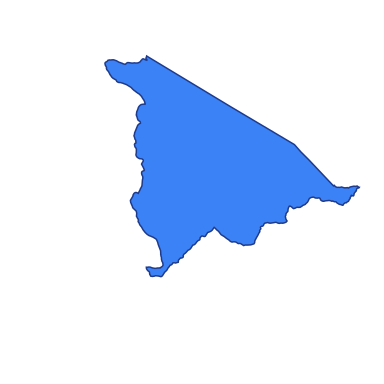 the district of Dota, San José, Costa Rica, rotated 121°
{"feature_id": "36466004B86060640293430", "entity_name": "Dota", "entity_type": "district", "adm_level": 2, "iso_a3": "CRI", "parent_name": "Costa Rica", "parent_adm1": "San José", "projection": "robinson", "projection_center": [-83.888, 9.584], "detail": "fine", "context": "isolated", "style": "filled", "palette": "blue", "viewbox_px": 384, "rotation_deg": 121, "n_neighbors": 0, "source": "geoboundaries", "source_scale": "gbopen_adm2", "svg_char_len": 6030}
<svg xmlns="http://www.w3.org/2000/svg" viewBox="0 0 384 384"><g transform="rotate(121 192 192)"><path d="M280.0,192.4L281.2,191.5L281.9,190.2L282.3,188.9L282.3,187.8L282.5,187.3L284.4,185.8L284.7,185.1L285.3,184.3L285.4,184.0L284.7,182.3L283.3,180.7L282.7,180.3L282.4,179.8L281.3,177.5L280.6,175.0L279.9,174.5L279.0,174.2L274.9,174.1L272.1,173.3L269.2,173.4L267.9,173.1L266.2,173.1L264.9,172.1L264.3,171.9L262.5,171.8L261.6,170.4L261.4,169.6L259.3,167.6L257.4,168.5L254.5,167.9L254.3,167.4L253.7,166.7L252.8,166.1L252.0,166.1L251.1,166.8L249.7,166.9L248.9,166.7L248.1,166.3L247.1,166.0L243.9,165.4L242.8,164.6L241.8,164.2L240.6,164.0L237.2,164.0L236.3,163.1L235.3,162.6L233.7,162.3L232.2,162.2L230.7,161.8L229.8,161.3L229.2,160.8L228.6,160.8L227.1,161.5L225.2,161.2L224.7,160.9L224.4,160.5L223.9,158.6L223.6,158.2L223.0,157.8L218.7,157.7L216.7,156.1L215.7,155.5L214.2,155.0L210.9,154.8L211.2,153.2L211.8,151.1L211.8,150.4L212.1,148.8L213.6,145.1L213.6,141.4L214.0,138.5L214.1,135.7L214.5,134.0L214.5,132.6L214.1,131.6L213.7,131.3L213.1,130.4L212.5,129.3L212.3,128.4L212.4,125.8L211.5,124.6L211.2,123.7L211.3,120.1L209.9,118.9L209.1,117.4L207.1,114.5L206.4,113.8L205.3,112.9L204.8,112.4L204.5,112.2L203.2,112.2L201.7,112.9L200.9,113.1L199.5,113.1L198.5,113.2L194.4,113.3L193.2,113.5L191.1,113.4L190.6,114.0L190.2,114.2L188.1,114.0L187.3,115.0L186.9,115.2L186.3,115.1L185.4,114.6L185.2,114.2L184.6,113.7L183.3,113.6L182.9,113.8L182.3,113.8L181.3,113.6L179.2,111.4L178.9,109.9L178.3,108.7L176.0,105.9L175.1,105.0L174.7,104.3L174.5,103.5L174.5,102.8L174.0,101.1L173.0,100.0L171.9,98.0L170.6,96.7L169.3,95.8L167.9,95.6L167.8,95.9L166.7,97.8L165.8,98.5L165.4,99.0L164.8,99.4L164.2,99.6L163.4,99.6L162.4,100.2L160.7,100.2L159.7,99.9L159.1,99.9L157.3,100.8L155.9,101.2L154.0,101.3L153.5,100.4L153.5,98.9L153.9,97.3L153.9,96.3L152.9,95.4L151.2,94.3L150.8,93.8L150.6,93.2L149.5,91.5L147.7,90.5L146.6,90.2L145.7,89.6L144.9,88.9L144.1,88.5L143.3,88.4L141.4,87.8L139.2,87.8L138.7,88.0L137.0,88.0L135.5,87.2L134.1,85.7L133.7,85.0L133.7,83.9L133.4,82.7L132.6,81.3L131.7,80.2L131.5,79.4L131.5,79.0L131.7,78.6L132.3,78.1L132.7,77.1L132.7,75.9L132.4,74.8L132.0,74.2L130.5,72.7L130.0,71.9L128.7,70.2L128.4,69.5L128.1,68.6L127.9,67.3L127.2,66.7L127.1,65.4L126.9,64.7L126.3,63.8L126.3,63.2L126.6,62.5L126.7,62.0L126.7,59.4L126.3,58.4L125.9,56.4L125.6,55.8L124.1,55.8L123.1,55.5L122.4,55.1L121.7,54.1L120.7,53.9L120.1,53.7L119.6,53.2L119.1,53.1L117.2,53.3L116.7,53.1L116.1,53.1L115.3,53.6L113.7,53.4L113.3,53.7L112.8,53.7L112.6,53.3L112.5,52.0L112.1,51.6L111.3,51.6L110.0,52.2L108.6,52.2L106.6,51.8L106.3,52.1L105.5,52.0L104.7,52.4L104.0,52.4L103.5,52.2L102.8,51.3L102.4,51.0L101.8,51.0L102.0,51.5L101.8,53.5L103.0,54.8L103.6,56.2L105.7,58.5L107.1,59.6L107.8,59.7L108.1,60.0L108.3,61.3L108.9,61.8L110.0,63.6L110.7,66.4L111.9,67.6L112.5,68.8L113.4,70.2L113.5,71.9L113.3,72.8L113.0,73.2L113.0,73.6L113.9,73.9L104.2,108.6L101.5,119.5L98.6,128.6L99.0,202.6L98.8,300.9L99.3,300.7L100.6,300.5L101.2,300.3L101.9,298.7L102.3,298.6L102.7,300.1L102.8,302.0L103.4,302.9L104.0,303.1L104.7,303.1L105.4,303.4L106.4,303.4L107.6,303.7L108.1,304.1L108.3,304.1L109.5,305.2L110.7,307.1L110.8,307.6L111.2,308.2L112.0,309.1L112.5,310.0L113.0,311.2L113.3,311.8L113.5,312.5L114.2,313.8L115.1,314.4L116.0,314.7L116.5,314.7L117.0,315.1L117.6,317.1L117.6,318.2L117.9,318.9L117.9,319.7L118.2,320.7L118.4,321.8L118.4,324.2L119.0,327.1L119.9,328.6L120.7,329.6L121.4,330.9L122.1,331.5L122.2,331.8L123.6,332.0L124.5,332.4L124.8,332.7L125.7,333.0L126.2,333.0L127.0,332.6L127.2,332.2L127.8,331.8L128.4,331.0L128.4,330.7L129.2,329.5L130.3,328.9L131.1,327.9L131.2,327.2L131.7,326.0L131.7,325.7L133.5,322.9L133.5,322.7L133.8,322.4L133.8,322.1L134.8,320.1L135.2,318.2L135.1,314.9L135.4,314.2L135.9,313.6L136.0,313.2L136.0,311.8L135.8,311.1L135.1,309.8L134.3,307.1L134.3,306.5L134.0,305.2L133.9,304.4L133.7,303.6L133.7,298.4L134.0,297.1L134.4,295.9L134.6,294.6L134.8,293.9L134.8,292.5L134.9,292.3L134.9,291.5L135.1,291.2L135.1,289.6L135.2,289.4L135.2,287.5L135.4,287.0L135.7,285.5L135.9,285.1L136.2,284.2L136.9,283.0L137.9,280.9L137.9,280.7L139.1,279.0L139.4,278.6L139.9,278.3L140.5,277.5L140.8,277.4L141.9,279.1L143.2,280.6L144.5,281.2L146.0,281.5L147.3,281.5L147.9,281.3L150.5,280.8L151.2,280.8L151.8,280.6L152.4,280.4L153.7,279.8L154.3,279.6L154.4,279.3L154.7,279.3L155.1,278.8L155.3,278.8L155.6,278.2L157.5,276.2L158.3,274.9L158.3,273.2L158.4,272.7L158.7,272.4L158.8,272.2L159.6,271.6L160.9,272.4L162.7,272.9L171.0,271.6L172.0,271.1L173.7,270.7L174.8,269.4L175.3,268.8L176.0,268.2L176.6,266.9L177.1,266.5L177.5,266.3L178.1,265.7L179.0,265.4L179.3,265.4L179.7,265.9L180.7,265.9L181.1,265.7L182.7,264.1L183.2,262.7L184.0,261.7L187.0,260.0L189.0,259.2L189.5,258.7L190.0,258.0L190.3,257.4L190.5,256.3L190.5,254.5L190.4,254.0L189.6,252.4L189.4,251.7L189.6,250.5L190.0,250.0L190.7,249.7L193.5,249.7L194.1,249.6L196.3,246.0L197.2,244.9L197.4,244.5L197.8,244.1L198.4,244.1L198.5,244.3L200.0,245.3L200.8,245.4L201.7,245.0L202.5,244.4L203.5,243.2L203.9,242.4L205.2,241.4L206.4,240.9L207.0,240.8L211.8,238.4L212.5,238.1L214.1,237.9L215.9,237.9L216.3,237.7L220.9,237.4L220.9,238.6L221.2,239.7L221.5,240.1L221.9,240.5L223.1,241.0L224.8,241.0L225.2,240.8L226.4,240.5L230.8,240.5L231.2,240.3L232.8,238.9L233.1,238.2L233.9,237.4L234.7,236.0L235.4,235.4L236.1,234.4L237.1,230.0L238.6,228.5L241.4,227.1L241.7,226.7L241.9,226.1L242.8,224.9L243.0,224.1L243.2,223.9L243.7,223.5L245.0,223.0L245.3,222.7L245.7,221.6L247.0,219.9L247.4,218.9L247.5,218.4L247.8,218.0L247.9,217.4L249.6,214.5L250.8,211.3L251.4,208.6L251.5,206.2L251.1,204.7L251.0,203.2L250.8,202.7L250.8,198.9L251.2,197.7L252.9,195.4L254.4,193.9L258.5,188.7L260.7,187.2L261.6,186.7L261.8,186.3L262.7,185.8L263.3,185.1L263.5,184.8L264.9,183.8L265.2,183.7L266.9,182.0L267.5,180.9L267.9,180.5L269.3,179.3L269.7,179.1L270.8,179.1L271.4,179.3L272.7,179.9L273.1,179.9L273.1,180.2L274.1,180.9L274.6,182.0L276.2,183.9L276.7,184.8L277.5,186.9L277.9,189.1L278.7,190.6L279.1,190.9L280.0,192.4Z" fill="#3b82f6" stroke="#1e3a8a" stroke-width="1.5"/></g></svg>